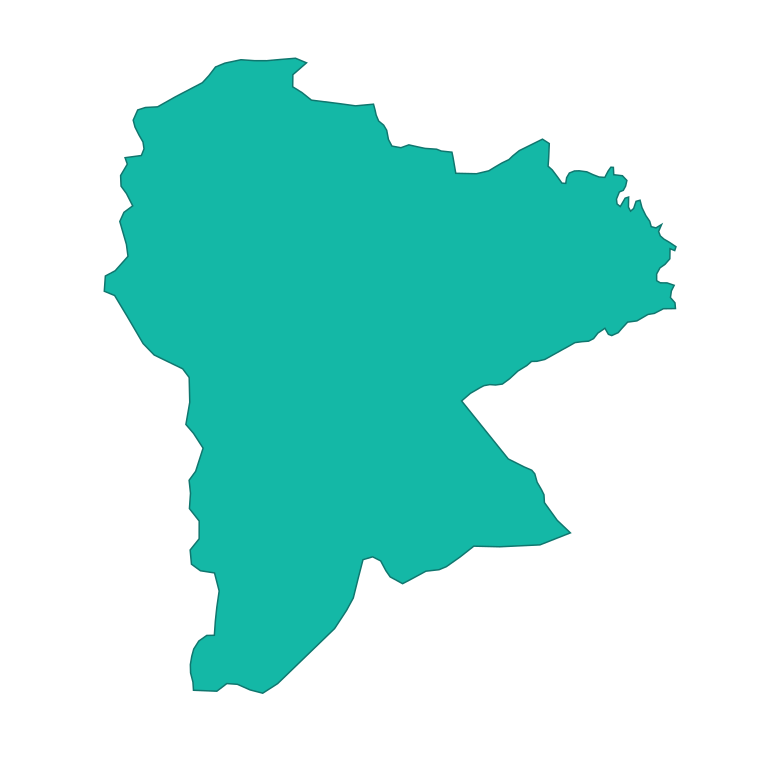 Pokok Sena, Kedah, Malaysia, rotated 94°
{"feature_id": "92858781B89628207244995", "entity_name": "Pokok Sena", "entity_type": "district", "adm_level": 2, "iso_a3": "MYS", "parent_name": "Malaysia", "parent_adm1": "Kedah", "projection": "orthographic", "projection_center": [100.516, 6.166], "detail": "fine", "context": "isolated", "style": "filled", "palette": "teal", "viewbox_px": 768, "rotation_deg": 94, "n_neighbors": 0, "source": "geoboundaries", "source_scale": "gbopen_adm2", "svg_char_len": 2867}
<svg xmlns="http://www.w3.org/2000/svg" viewBox="0 0 768 768"><g transform="rotate(94 384 384)"><path d="M702.8,552.7L702.1,529.3L693.8,519.9L693.8,509.3L698.5,496.3L700.9,483.4L690.3,469.2L631.4,416.2L612.5,405.6L599.6,399.7L579.6,396.2L560.7,392.7L557.2,383.3L560.7,375.0L570.1,369.1L576.0,364.4L581.9,351.5L576.0,342.0L567.8,329.1L565.4,316.1L561.9,309.1L551.3,296.1L539.5,283.1L538.3,257.2L533.6,217.2L519.5,187.7L507.9,201.7L491.1,215.7L483.3,216.7L478.5,219.5L471.3,224.4L463.1,227.3L459.7,230.6L456.8,238.8L450.1,254.8L395.5,305.4L387.3,297.2L381.1,288.1L378.7,284.2L377.2,278.4L377.2,272.6L375.8,265.9L370.0,259.1L361.8,251.4L355.5,242.7L351.2,238.4L350.7,233.1L348.3,225.3L337.6,208.9L333.3,202.2L329.4,196.4L328.0,189.6L327.0,182.9L324.1,178.1L318.3,174.2L313.0,167.5L318.8,163.6L319.8,160.2L316.4,153.9L312.6,151.1L305.3,145.3L303.4,136.1L300.5,131.8L296.2,125.5L294.7,119.2L289.4,110.5L288.9,104.0L288.4,98.5L282.7,99.4L277.8,104.3L271.1,103.8L265.3,101.4L263.4,108.6L263.8,115.4L261.9,119.2L255.2,119.7L248.9,116.8L245.0,112.0L239.2,107.6L229.1,108.1L230.6,103.3L226.7,102.3L222.8,109.1L219.9,114.9L217.0,118.7L212.7,120.7L205.5,118.2L209.3,123.6L208.4,128.4L203.1,130.3L197.7,134.6L190.0,139.0L182.8,141.4L184.2,145.3L191.5,147.2L194.4,150.1L190.5,152.5L180.4,153.0L181.8,156.4L186.7,158.8L190.5,160.7L188.1,164.1L183.3,165.0L176.0,162.6L174.1,158.8L169.8,156.8L164.0,155.9L159.6,160.7L159.2,169.4L151.9,170.3L151.9,172.8L155.8,175.2L160.1,177.1L162.5,178.1L162.5,183.9L160.6,190.1L158.2,196.4L157.7,204.1L158.2,208.9L160.6,213.8L165.4,216.2L171.2,216.7L171.2,220.5L165.4,225.3L158.7,231.1L155.3,235.5L150.5,235.5L147.1,235.5L132.6,235.9L128.7,243.0L141.8,265.4L147.6,271.6L151.4,275.0L155.3,281.8L159.6,288.1L164.0,294.3L167.8,306.4L168.8,327.1L152.9,331.0L148.0,332.4L147.6,343.1L146.1,347.9L146.1,353.7L146.1,359.5L145.1,366.7L143.7,375.9L147.1,383.6L146.1,392.7L139.8,396.6L130.7,399.0L125.8,402.4L122.0,407.7L116.2,410.6L111.4,412.0L105.6,414.0L108.5,431.8L107.4,448.3L105.9,476.2L99.1,486.0L93.9,495.8L81.8,496.5L69.0,483.7L65.2,495.0L67.5,510.1L69.7,523.7L70.5,535.7L70.5,549.3L75.0,565.1L79.5,574.2L88.6,580.2L96.1,586.2L111.9,611.9L123.3,629.2L124.8,641.3L127.8,648.8L138.3,652.6L145.1,650.3L152.7,645.8L159.4,641.3L166.2,639.8L173.0,642.0L176.3,658.1L182.6,655.4L194.4,661.3L205.0,660.1L212.0,654.2L223.8,647.1L230.9,655.4L240.3,658.9L262.7,650.7L274.5,648.3L289.8,660.1L295.7,669.5L311.0,669.5L314.5,658.9L334.6,644.8L360.5,627.1L371.1,615.3L382.9,585.9L391.1,578.8L415.8,576.5L438.2,578.8L446.5,570.6L460.6,560.0L484.2,565.8L493.6,571.7L506.5,569.4L521.9,569.4L533.6,558.8L551.3,557.6L563.1,565.8L577.2,563.5L583.1,554.1L584.3,539.9L602.0,534.0L618.4,535.2L632.2,535.7L646.5,535.7L647.2,543.3L653.3,550.8L661.6,555.3L669.1,556.8L677.4,557.6L685.7,556.8L694.7,553.8L702.8,552.7Z" fill="#14b8a6" stroke="#0f766e" stroke-width="1.5"/></g></svg>